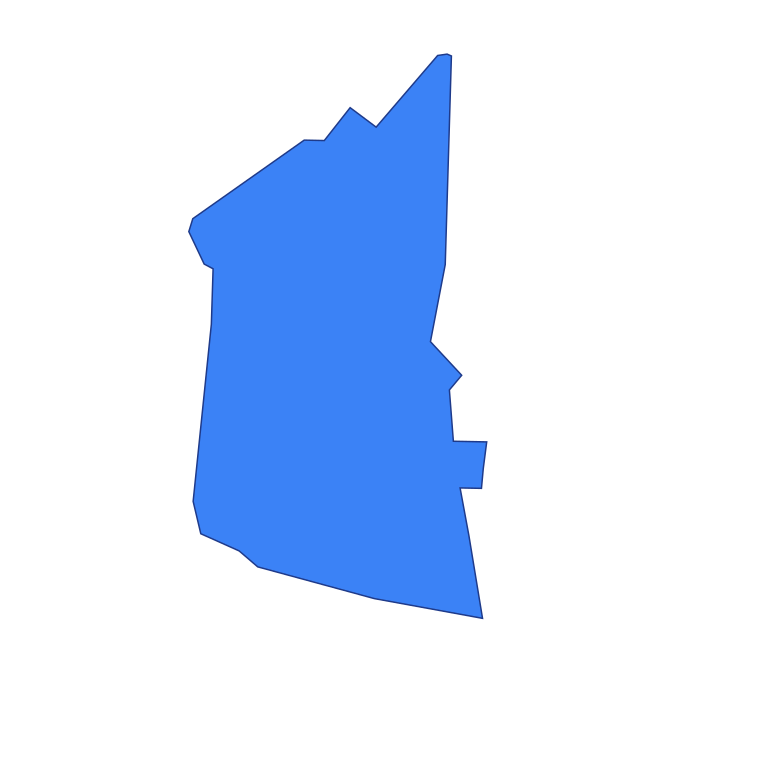 outline of Bledsoe, Tennessee, United States of America, rotated 327°
{"feature_id": "52423323B62552285254036", "entity_name": "Bledsoe", "entity_type": "district", "adm_level": 2, "iso_a3": "USA", "parent_name": "United States of America", "parent_adm1": "Tennessee", "projection": "equal_earth", "projection_center": [-85.176, 35.563], "detail": "fine", "context": "isolated", "style": "filled", "palette": "blue", "viewbox_px": 768, "rotation_deg": 327, "n_neighbors": 0, "source": "geoboundaries", "source_scale": "gbopen_adm2", "svg_char_len": 519}
<svg xmlns="http://www.w3.org/2000/svg" viewBox="0 0 768 768"><g transform="rotate(327 384 384)"><path d="M339.0,634.2L372.5,557.7L391.2,512.6L408.9,524.6L421.2,509.0L438.6,488.5L411.0,469.8L435.6,424.6L453.9,419.0L446.0,373.8L500.4,317.2L619.2,145.6L616.6,141.7L607.9,137.7L517.3,164.3L506.1,133.8L466.5,147.3L449.9,136.0L313.7,141.2L303.3,149.9L298.5,185.5L303.4,194.3L271.8,239.8L160.0,378.5L148.8,409.8L171.6,445.1L178.5,468.6L259.0,558.7L339.0,634.2Z" fill="#3b82f6" stroke="#1e3a8a" stroke-width="1.5"/></g></svg>